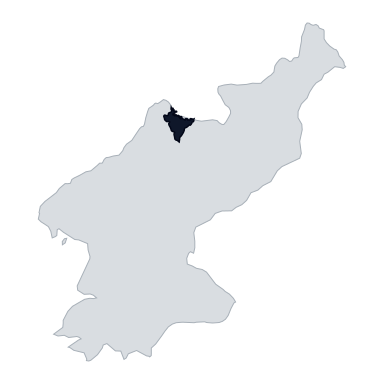 location of Kim Hyong Jik, Ryanggang, North Korea
{"feature_id": "82179303B57298285068990", "entity_name": "Kim Hyong Jik", "entity_type": "district", "adm_level": 2, "iso_a3": "PRK", "parent_name": "North Korea", "parent_adm1": "Ryanggang", "projection": "equal_earth", "projection_center": [127.249, 41.385], "detail": "fine", "context": "in_parent", "style": "filled", "palette": "ink", "viewbox_px": 384, "rotation_deg": 0, "n_neighbors": 0, "source": "geoboundaries", "source_scale": "gbopen_adm2", "svg_char_len": 7056}
<svg xmlns="http://www.w3.org/2000/svg" viewBox="0 0 384 384"><path d="M235.6,302.0L233.9,303.0L231.0,308.5L228.2,315.4L225.5,319.2L222.5,321.3L219.2,322.5L212.6,323.0L206.6,322.5L204.7,321.8L196.5,322.2L194.1,322.7L182.4,322.2L176.2,322.7L172.3,324.1L168.3,326.9L164.9,331.2L161.8,335.7L155.7,344.0L151.3,348.0L151.3,353.8L151.2,355.6L149.7,356.9L149.1,356.3L146.6,355.9L136.6,350.5L128.3,353.8L126.2,358.0L124.0,359.4L120.8,351.1L115.4,350.9L106.9,343.6L103.2,345.0L102.3,348.0L97.5,354.7L90.9,360.2L88.8,361.0L86.4,360.6L86.8,359.1L84.1,352.8L73.8,350.3L70.1,347.7L68.2,347.1L78.4,340.1L81.1,338.9L79.1,337.3L76.9,336.5L68.7,337.5L64.3,335.3L58.0,336.0L53.6,334.2L62.8,327.4L63.2,323.4L63.2,320.3L67.9,311.3L72.5,306.3L84.6,299.3L89.8,298.3L93.5,298.6L96.6,297.9L93.4,295.2L90.2,294.0L84.1,294.3L77.7,290.2L77.2,285.9L89.8,258.9L90.0,256.5L88.1,249.9L87.6,243.6L78.7,239.9L74.8,239.5L63.5,232.3L59.0,228.7L57.2,229.7L56.8,235.5L55.2,236.7L52.2,237.9L50.8,231.3L48.4,226.6L40.9,221.7L38.3,219.1L39.6,213.3L39.0,212.8L40.3,206.4L45.0,201.4L56.4,192.6L59.3,188.5L65.1,183.6L67.7,183.7L70.4,183.3L71.2,181.2L71.8,179.5L74.1,178.0L79.7,175.3L85.9,171.8L90.9,170.8L97.1,165.6L99.6,163.2L102.1,163.2L102.8,162.2L104.2,159.4L106.2,157.6L108.9,157.3L113.3,156.0L118.9,155.2L122.7,150.8L124.0,147.6L126.5,144.2L131.8,140.4L135.5,134.8L139.6,128.7L141.5,126.8L143.4,126.4L144.5,124.1L145.8,117.7L147.7,111.4L148.8,108.4L153.4,105.2L154.6,103.7L155.7,103.1L157.8,103.6L160.7,101.7L163.4,99.6L165.9,100.3L168.4,102.0L171.1,105.5L172.2,108.3L174.3,110.6L174.7,113.9L176.8,115.4L181.2,116.1L188.4,118.4L193.1,118.5L195.8,120.2L201.4,121.2L212.6,119.8L217.1,120.6L219.1,122.7L221.9,124.4L223.8,124.5L226.2,121.6L228.8,117.0L230.6,113.4L230.5,110.6L228.9,107.5L225.2,104.7L222.8,100.3L220.5,95.8L219.1,94.4L218.0,92.2L217.8,88.8L218.6,86.5L224.1,85.0L231.2,84.1L237.0,85.1L246.6,84.4L252.5,83.2L256.9,83.4L260.9,83.3L262.7,81.4L268.3,76.8L271.0,75.1L273.9,72.0L274.4,68.7L274.9,66.0L276.6,63.2L279.5,59.7L282.0,58.1L284.8,58.3L287.7,59.9L289.6,61.5L291.7,61.0L293.5,58.3L294.6,57.8L298.0,57.5L299.0,55.8L300.2,47.7L301.4,41.4L301.6,36.9L304.5,29.5L305.4,25.1L307.1,23.0L309.2,23.2L310.9,24.5L313.1,25.3L316.0,24.5L318.0,25.7L319.3,28.1L323.6,29.7L324.1,30.9L324.1,38.9L326.5,42.7L329.7,46.0L334.0,49.1L336.3,49.8L337.8,52.0L339.1,55.9L342.3,59.6L343.9,62.3L344.3,65.1L345.7,66.7L343.3,68.4L340.1,67.4L334.7,66.7L327.9,72.2L324.1,74.2L321.5,79.6L316.2,82.9L313.3,86.3L309.5,92.3L307.1,98.0L301.4,103.9L298.1,111.4L298.0,117.7L301.8,124.3L302.2,129.8L299.7,141.3L301.3,153.5L299.7,158.2L281.9,166.6L277.3,170.8L270.8,181.6L262.8,185.7L257.9,190.1L251.0,192.7L246.6,200.4L241.8,204.7L236.0,207.4L231.7,210.8L222.0,211.0L215.2,213.4L210.4,219.8L195.8,227.1L193.8,232.7L194.8,241.2L194.8,247.8L193.6,253.2L190.4,251.7L188.6,253.4L186.7,258.4L187.3,264.1L192.3,266.0L196.4,268.3L202.2,269.5L206.5,272.1L215.7,284.2L223.2,289.5L225.1,291.4L229.4,294.1L233.4,298.3L235.6,302.0ZM65.2,242.9L62.4,244.8L62.3,241.5L64.5,238.7L66.7,238.3L65.2,242.9Z" fill="#d9dde1" stroke="#a8b0b8" stroke-width="1"/><path d="M177.3,140.4L177.6,140.6L177.9,140.9L178.5,141.5L179.2,142.0L179.6,139.3L179.6,138.3L179.8,137.4L181.4,135.7L183.3,132.6L183.9,131.2L184.3,130.0L184.3,129.4L184.6,128.3L185.2,127.8L186.2,127.5L187.2,126.9L188.1,126.1L189.4,124.9L190.2,125.2L191.0,124.5L191.8,123.2L192.1,122.3L192.4,121.8L193.2,121.8L193.7,121.1L193.9,120.4L193.7,119.9L193.7,119.6L193.9,119.0L193.7,119.1L193.6,119.4L193.6,119.5L193.4,119.6L193.1,119.6L192.9,119.5L192.7,119.4L192.3,119.1L192.2,119.0L192.0,118.9L191.9,119.0L191.6,119.2L191.5,119.3L191.4,119.3L191.2,119.4L190.9,119.3L190.9,119.2L191.0,119.0L191.0,118.8L191.0,118.7L190.9,118.6L190.7,118.6L190.4,118.8L190.3,119.0L190.3,119.3L190.4,119.5L190.5,119.7L190.5,119.8L190.4,119.8L190.2,119.9L190.2,120.0L189.9,120.1L189.5,120.1L189.4,120.1L189.1,119.9L188.8,119.8L188.6,119.8L188.4,119.9L188.3,120.0L188.2,120.1L187.9,120.2L187.5,119.9L187.4,119.7L187.4,119.2L187.3,118.9L187.2,118.8L187.1,118.7L186.7,118.7L186.2,118.8L185.9,118.9L185.7,118.8L185.4,118.8L185.3,119.0L185.3,119.4L185.4,119.6L185.3,119.8L185.2,119.9L184.9,119.9L184.7,119.8L184.4,119.7L184.1,119.5L183.8,119.4L183.7,119.3L183.5,119.2L183.0,118.9L182.9,118.9L182.6,118.8L182.5,118.7L182.4,118.6L182.2,118.5L182.1,118.4L181.9,118.5L181.7,118.6L181.4,118.8L180.7,118.9L180.4,118.8L180.2,118.6L180.1,118.4L180.2,118.2L180.8,118.0L181.2,118.0L181.3,117.9L181.6,117.6L181.7,117.4L181.8,117.3L181.7,117.2L181.7,116.9L181.5,116.7L181.4,116.7L181.0,116.6L180.9,116.6L180.7,116.7L180.6,116.8L180.5,117.0L180.3,117.1L180.2,117.2L180.1,117.3L179.9,117.5L179.7,117.6L179.5,117.4L179.4,117.3L179.1,117.1L179.1,116.9L179.4,116.5L179.4,116.4L179.5,116.3L179.4,116.2L179.2,116.0L178.9,116.1L178.6,116.3L178.4,116.3L178.2,116.3L178.1,116.2L178.1,115.9L178.2,115.6L178.2,115.4L177.8,115.4L177.7,115.4L177.5,115.5L177.4,115.7L177.3,115.8L177.0,115.9L176.9,115.9L176.6,115.9L176.4,115.8L176.3,115.7L176.3,115.4L176.2,115.3L176.2,115.1L176.2,114.9L175.8,114.8L175.7,114.9L175.6,115.0L175.3,115.4L175.2,115.5L175.0,115.8L174.9,115.8L174.8,115.7L174.7,115.7L174.8,115.3L174.8,115.2L174.7,114.9L174.4,114.9L174.2,115.0L173.8,115.0L173.7,115.1L173.4,115.1L173.2,115.0L173.1,114.9L172.9,114.7L172.8,114.4L172.8,114.2L173.0,114.0L173.3,114.2L173.4,114.3L173.5,114.3L173.8,114.2L173.6,114.0L173.6,113.9L173.6,113.7L173.8,113.5L174.0,113.2L174.7,113.1L174.8,113.1L174.9,112.9L174.8,112.7L174.8,112.3L174.8,112.2L175.0,112.0L175.2,111.9L175.3,111.9L175.6,112.0L175.8,112.0L176.0,112.0L176.6,112.0L176.7,111.9L176.7,111.7L176.6,111.4L176.4,111.2L176.1,111.2L175.9,111.2L175.7,111.3L175.4,111.2L175.2,111.3L174.7,111.3L174.3,111.3L174.1,111.3L174.1,111.2L173.9,111.0L173.8,110.9L173.7,110.8L173.7,110.7L173.8,110.6L174.0,110.4L173.9,110.2L173.9,109.9L173.9,109.7L173.7,109.6L173.1,109.9L172.9,109.9L172.6,109.7L172.4,109.7L172.2,109.5L172.2,109.4L172.3,109.3L172.5,109.2L172.8,109.2L173.0,108.9L173.1,108.7L173.1,108.4L172.9,108.3L172.8,108.2L172.6,108.2L172.4,108.3L172.2,108.4L172.1,108.5L172.1,108.4L171.9,108.3L171.7,108.3L171.5,108.2L171.4,107.9L171.3,107.6L171.2,107.4L171.0,109.1L171.2,109.4L171.5,110.0L171.6,110.6L171.6,111.0L171.5,111.3L171.4,111.6L171.2,111.9L170.6,112.3L169.6,112.6L168.9,112.9L168.6,113.2L168.4,113.9L168.2,114.8L168.1,115.1L167.9,115.4L167.6,115.6L167.3,115.7L166.6,115.6L165.3,115.2L165.0,115.1L164.7,115.1L164.3,115.3L164.0,115.6L163.9,115.9L163.8,116.2L163.8,116.5L163.9,116.9L164.3,117.8L164.6,119.4L164.7,119.7L165.0,120.1L165.6,120.6L166.1,121.2L166.4,121.4L166.7,121.6L167.4,121.6L168.7,121.4L169.3,121.6L169.7,121.8L169.7,122.2L168.8,123.4L168.8,124.1L168.9,124.7L169.0,125.0L169.3,125.7L169.7,126.3L170.4,127.6L171.1,129.5L171.1,129.8L171.4,130.5L171.6,130.8L172.2,131.3L172.8,131.5L174.2,132.0L174.5,132.2L174.7,132.5L174.7,132.8L174.5,133.1L174.2,133.4L174.1,133.8L174.0,134.1L174.1,134.7L174.2,135.4L174.3,135.7L174.6,137.0L174.7,138.0L175.0,139.2L175.3,139.5L175.9,140.0L176.3,140.2L176.9,140.3L177.3,140.4Z" fill="#0f172a" stroke="#020617" stroke-width="1.5"/></svg>